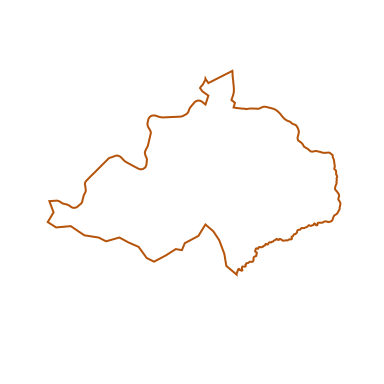 outline of Oforikrom Municipal, Ashanti, Ghana, rotated 332°
{"feature_id": "2480657B70835976798974", "entity_name": "Oforikrom Municipal", "entity_type": "district", "adm_level": 2, "iso_a3": "GHA", "parent_name": "Ghana", "parent_adm1": "Ashanti", "projection": "mercator", "projection_center": [-1.536, 6.676], "detail": "fine", "context": "isolated", "style": "outline", "palette": "amber", "viewbox_px": 384, "rotation_deg": 332, "n_neighbors": 0, "source": "geoboundaries", "source_scale": "gbopen_adm2", "svg_char_len": 6111}
<svg xmlns="http://www.w3.org/2000/svg" viewBox="0 0 384 384"><g transform="rotate(332 192 192)"><path d="M301.3,283.2L302.2,283.0L303.2,282.4L304.1,281.4L306.3,279.6L309.9,279.3L314.3,276.4L315.0,275.1L315.3,274.8L317.1,272.7L317.7,271.7L317.9,270.7L317.9,269.1L317.7,268.1L317.7,267.3L318.1,266.7L318.9,265.7L320.1,264.5L320.4,263.7L320.5,262.6L320.4,261.2L320.2,259.7L319.9,258.3L319.6,257.2L319.7,256.4L320.1,255.7L321.4,254.2L322.3,253.4L323.4,252.6L323.8,252.1L324.1,251.6L324.2,251.0L324.5,250.5L324.8,250.2L325.3,249.8L325.5,249.5L325.7,248.7L325.9,248.0L326.2,247.7L326.6,247.4L327.1,247.0L327.4,246.5L327.6,246.0L327.6,245.2L327.5,244.6L327.6,244.0L328.0,243.2L329.0,241.3L329.1,240.7L329.0,240.2L328.7,239.4L328.5,238.3L328.9,237.7L329.3,237.4L329.8,236.9L330.1,236.4L330.5,235.4L332.5,229.8L332.6,227.6L333.0,226.5L333.5,225.5L332.0,222.1L331.5,221.5L328.4,220.1L326.9,219.4L325.0,218.0L324.6,217.3L321.1,214.3L319.9,213.6L317.7,213.1L316.2,212.2L315.7,211.6L314.5,208.4L312.2,204.6L312.2,203.3L312.2,202.3L312.0,201.1L311.6,199.6L310.9,198.3L310.5,197.3L310.0,196.5L310.0,195.7L310.2,194.8L310.7,193.6L311.9,192.2L313.2,191.0L313.9,189.9L314.6,189.0L315.0,188.0L315.5,184.5L315.4,184.3L315.3,183.5L315.3,182.3L315.0,181.7L314.5,181.0L313.0,179.2L312.5,178.5L312.2,177.8L312.0,177.0L311.6,176.2L311.2,175.5L310.5,174.8L309.6,173.8L308.9,172.6L308.3,171.5L307.8,170.3L307.1,167.3L306.9,166.2L306.7,164.9L306.1,162.5L305.1,160.0L304.3,158.5L303.8,157.8L303.1,157.0L302.6,156.4L301.9,155.7L298.2,152.4L297.3,151.6L296.5,151.0L295.1,150.3L294.2,150.1L292.6,150.0L291.0,150.0L290.1,149.8L289.0,149.3L286.9,148.0L283.1,145.9L281.8,145.3L278.6,144.2L278.3,143.7L276.3,142.4L275.5,142.0L274.8,141.4L274.1,141.0L272.2,139.7L270.8,138.8L268.4,136.9L271.8,133.4L270.0,129.3L273.2,126.3L274.5,125.0L275.4,123.9L276.2,122.8L277.6,120.2L279.2,116.5L279.6,115.2L280.5,113.4L281.4,110.9L282.9,107.4L283.8,105.7L284.5,104.0L257.6,103.5L257.3,100.6L257.1,99.8L257.1,98.2L256.2,99.4L255.2,100.1L254.1,100.7L253.0,101.6L251.7,102.3L249.1,103.3L247.9,104.0L248.1,105.4L248.3,107.5L248.7,108.6L251.7,114.6L245.0,121.1L244.4,119.8L243.7,118.1L242.9,116.4L241.9,115.2L241.3,114.7L240.0,114.0L238.5,113.7L236.6,113.9L231.3,116.0L229.5,116.9L228.7,117.4L226.3,119.6L225.1,120.2L223.6,120.6L219.3,120.6L218.4,120.4L217.1,120.0L206.2,114.8L201.3,112.5L199.8,111.5L198.2,110.2L195.6,107.4L195.0,106.9L194.4,106.6L192.6,105.8L191.5,105.7L190.6,105.8L189.5,106.1L188.0,106.9L186.1,109.0L184.8,110.7L184.3,111.7L184.0,112.7L183.8,113.9L184.0,118.3L183.7,119.9L183.1,120.9L178.9,125.7L174.6,130.6L171.1,133.0L169.6,134.2L168.9,135.0L168.5,136.1L168.0,138.1L167.9,140.5L167.5,142.1L164.5,146.6L163.5,147.5L162.3,148.3L160.5,148.6L159.2,148.6L157.3,147.9L156.1,146.8L155.3,145.8L152.0,140.9L148.5,135.6L147.1,133.2L145.4,127.4L143.9,125.3L142.0,124.2L137.3,123.6L135.6,123.2L134.2,123.2L133.0,123.6L123.4,126.5L115.3,129.0L109.8,130.6L103.9,132.5L102.7,133.0L101.7,134.0L101.0,135.0L100.8,135.9L99.0,140.8L98.1,141.8L96.1,143.3L95.1,143.9L93.2,145.9L90.5,149.0L90.0,149.5L88.5,150.2L86.0,150.7L84.5,151.1L83.3,151.3L82.3,151.3L79.9,150.4L79.0,149.5L78.3,148.6L77.4,146.5L75.9,144.5L72.6,141.6L70.3,137.7L68.9,136.3L61.8,133.1L60.2,145.0L50.5,150.8L55.4,159.5L68.9,165.2L76.6,179.7L88.2,188.4L93.0,195.2L106.5,198.1L112.3,206.8L119.1,215.4L121.0,229.0L125.8,235.7L139.4,235.7L150.9,234.8L155.8,238.6L161.6,233.8L177.0,233.8L188.6,227.0L192.4,236.7L193.4,247.3L191.5,261.8L187.6,273.4L192.6,285.8L192.8,285.3L193.3,284.9L193.7,284.7L194.0,284.4L194.5,283.6L195.1,283.3L195.5,283.0L195.9,282.5L196.2,282.2L196.7,281.9L197.3,281.9L197.6,282.2L197.8,282.5L197.7,283.1L197.7,283.5L197.9,283.8L198.3,283.9L198.6,284.3L198.8,284.6L198.9,284.8L199.4,284.9L199.7,284.8L199.9,284.2L200.1,283.3L200.5,282.3L201.0,281.7L201.7,281.5L202.2,281.8L202.7,282.2L203.3,282.6L203.8,282.8L204.4,282.8L204.8,282.5L205.0,282.0L205.1,281.6L205.1,281.3L205.5,281.2L205.9,281.0L206.4,280.5L206.9,280.5L207.4,280.8L208.0,281.0L208.7,281.0L209.3,280.8L210.1,280.7L210.9,281.0L211.9,281.7L212.5,281.9L213.0,282.0L213.6,281.6L214.2,281.3L215.1,279.5L215.6,278.9L216.1,278.5L216.6,278.4L217.2,278.4L217.8,278.6L218.4,278.7L218.7,278.6L219.1,278.2L219.5,277.3L220.0,277.1L220.7,276.2L220.7,275.6L220.3,275.0L219.9,274.5L219.9,273.9L220.3,273.3L221.1,272.7L221.9,272.0L222.6,272.1L223.2,272.8L223.6,273.1L224.0,273.0L224.4,272.6L224.7,272.3L225.0,272.1L225.6,272.2L226.1,272.5L226.6,272.9L227.0,273.2L227.5,273.4L227.9,273.4L228.3,273.5L228.7,273.6L229.1,273.6L229.5,273.3L229.8,273.2L230.5,273.4L231.7,273.3L232.2,272.7L232.6,272.5L232.9,272.5L233.2,272.8L233.5,273.3L233.8,273.6L234.3,273.9L234.9,273.6L235.6,273.1L236.1,272.8L236.6,272.8L237.2,273.0L237.9,273.6L238.3,273.6L238.8,273.4L239.2,273.5L239.6,273.7L240.0,273.7L240.5,273.7L241.1,273.5L241.6,273.4L242.4,273.4L243.1,273.5L243.7,273.4L244.2,273.2L244.6,273.1L244.9,273.3L245.0,273.6L245.2,274.1L245.4,274.6L245.7,274.9L246.1,275.0L246.5,274.9L246.9,274.6L247.4,274.6L247.8,274.9L248.4,275.8L248.8,276.4L249.1,277.2L249.5,277.8L250.1,278.0L251.6,278.5L252.2,278.7L252.9,279.3L253.4,279.5L254.1,279.6L255.7,279.5L256.1,279.7L256.7,280.1L257.1,280.3L257.5,280.4L257.9,280.3L258.2,280.2L258.5,279.6L258.5,279.1L258.6,278.8L258.9,278.4L259.6,278.3L260.0,278.4L260.6,278.2L262.1,277.3L262.7,277.3L263.1,277.5L263.5,277.7L264.8,277.3L265.3,277.2L265.8,276.9L266.2,276.4L266.5,275.9L266.9,275.6L267.5,275.3L268.6,275.5L269.4,275.9L269.9,276.0L270.5,275.8L271.2,275.4L271.7,275.2L272.4,275.5L273.0,276.0L274.1,276.5L275.1,276.6L276.3,276.7L277.3,276.8L278.7,276.4L279.2,276.2L279.8,276.3L280.1,276.7L280.4,277.2L280.7,277.5L281.2,277.8L281.7,277.9L282.4,277.8L282.9,277.9L283.3,278.1L283.6,278.2L284.6,277.6L284.9,277.3L285.4,277.3L285.7,277.8L285.8,278.5L285.8,278.9L285.9,279.4L286.3,279.9L287.0,280.1L287.4,279.8L287.8,279.4L288.0,278.9L288.3,278.5L288.7,278.4L289.5,278.6L290.5,279.1L292.1,280.1L292.7,280.3L293.4,280.3L294.2,280.1L295.0,280.3L295.8,280.5L296.2,280.6L296.8,281.1L297.3,281.5L297.7,282.1L298.2,282.5L299.0,282.8L299.9,283.0L301.3,283.2Z" fill="none" stroke="#b45309" stroke-width="2"/></g></svg>